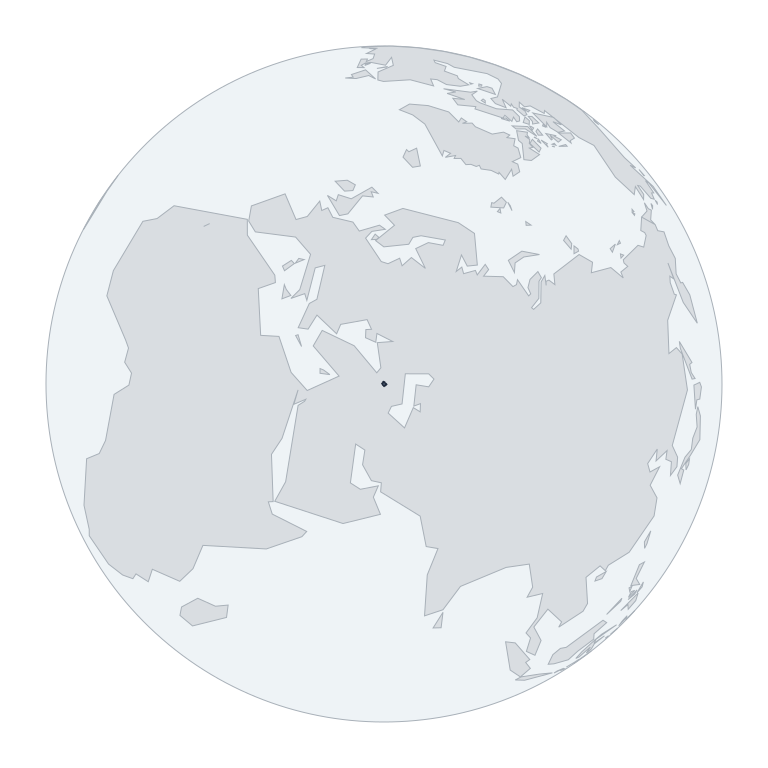 the Earth from above Lori, rotated 41°
{"feature_id": "ARM-1674", "entity_name": "Lori", "entity_type": "Province", "adm_level": 1, "iso_a3": "ARM", "parent_name": "Armenia", "parent_adm1": "", "projection": "orthographic", "projection_center": [44.445, 40.946], "detail": "fine", "context": "on_globe", "style": "filled", "palette": "slate", "viewbox_px": 768, "rotation_deg": 41, "n_neighbors": 0, "source": "natural_earth", "source_scale": "10m", "svg_char_len": 11455}
<svg xmlns="http://www.w3.org/2000/svg" viewBox="0 0 768 768"><g transform="rotate(41 384 384)"><circle cx="384" cy="384" r="338" fill="#eef3f6" stroke="#a8b0b8"/><path d="M334.2,49.8L335.2,49.6L346.9,48.3L353.9,47.6L379.4,50.3L416.9,55.4L432.2,55.8L426.2,57.4L457.5,58.3L480.0,64.0L452.4,58.6L447.9,59.0L462.2,62.8L460.6,64.3L466.7,67.2L463.6,68.8L447.6,66.5L445.3,67.7L455.6,70.5L458.9,74.5L444.2,70.1L448.6,76.9L422.8,76.1L386.0,66.2L369.4,70.1L325.7,72.3L327.4,74.7L311.9,78.2L308.2,82.6L301.2,82.5L304.3,86.2L311.4,85.5L315.2,87.0L313.7,89.8L304.4,89.9L303.8,88.6L300.3,90.1L296.3,89.1L297.4,91.2L286.4,91.5L294.9,95.4L284.1,99.3L277.4,98.4L281.3,92.9L275.5,80.1L269.9,79.0L258.2,82.1L229.2,98.9L221.7,100.5L209.2,106.8L211.8,107.9L222.5,103.6L224.3,108.2L237.1,103.3L239.7,104.7L251.7,102.6L246.3,109.2L234.7,117.0L224.5,119.4L219.1,123.2L225.9,126.5L204.2,137.2L185.1,156.0L179.9,158.6L174.8,152.4L182.0,137.4L175.4,132.5L176.0,142.4L162.9,150.0L159.2,154.4L157.8,158.4L161.4,158.3L156.2,162.7L153.6,153.8L158.3,149.6L159.1,152.2L162.3,145.6L160.5,141.1L154.0,146.0L158.1,136.3L153.5,140.0L151.9,140.4L158.9,134.9L146.3,145.0L148.6,141.6L168.1,124.0L189.0,108.0L211.1,93.7L234.2,81.1L258.2,70.4L283.0,61.5L308.4,54.7L334.2,49.8ZM46.5,401.0L48.1,418.3L53.1,447.8L55.7,463.5L55.9,465.0L49.7,433.2L46.5,401.0ZM357.2,47.3L347.3,48.2L337.3,49.3L345.7,48.3L357.2,47.3ZM375.9,47.4L370.9,47.7L368.2,47.0L371.9,47.0L375.9,47.4ZM443.5,56.3L435.7,54.8L443.8,55.9L443.5,56.3ZM468.0,67.4L470.7,67.5L472.7,69.1L468.0,67.4ZM253.8,99.3L252.7,100.9L251.1,100.4L253.8,99.3ZM260.0,97.0L258.8,95.3L261.6,94.0L262.3,95.1L260.0,97.0ZM469.8,73.2L472.1,76.0L467.0,72.6L469.8,73.2ZM260.8,99.5L266.6,92.0L271.5,89.9L278.1,92.4L260.8,99.5ZM471.7,77.4L477.6,85.2L484.1,85.8L468.9,89.0L469.0,80.9L461.6,76.4L468.5,78.3L471.7,77.4ZM314.4,84.1L306.7,85.0L314.5,81.9L314.4,84.1ZM318.5,81.8L337.2,71.5L347.8,72.1L339.4,75.2L354.3,74.6L350.2,79.9L341.2,81.5L335.1,79.8L338.2,83.2L318.5,81.8ZM459.6,89.9L458.7,91.7L456.6,89.4L459.6,89.9ZM317.3,87.4L320.1,85.0L329.6,85.4L325.6,90.3L323.8,88.5L317.3,87.4ZM360.1,72.1L366.4,73.5L364.9,78.1L367.1,79.4L351.1,80.1L360.1,72.1ZM320.9,89.9L323.3,92.8L317.5,95.3L315.2,89.9L320.9,89.9ZM333.7,83.5L337.9,84.0L334.3,85.2L333.7,83.5ZM298.2,106.8L301.4,103.3L306.5,103.1L298.2,106.8ZM324.6,93.8L326.6,93.0L329.0,92.6L329.4,95.1L324.6,93.8ZM351.1,83.6L349.1,85.4L357.6,83.4L356.8,87.2L346.2,87.2L350.4,88.8L350.2,90.0L341.8,88.8L351.1,83.6ZM336.9,96.8L323.2,98.8L316.2,104.9L311.4,105.1L323.6,95.4L336.9,96.8ZM340.5,92.1L337.2,95.0L332.9,93.6L332.6,90.7L340.5,92.1ZM360.0,90.0L364.0,84.1L366.2,84.4L360.0,90.0ZM335.7,98.8L339.1,98.3L335.7,99.3L335.7,98.8ZM353.5,92.8L354.6,90.6L357.1,91.0L353.5,92.8ZM344.8,99.4L340.4,99.9L340.0,97.9L344.8,99.4ZM349.5,96.6L352.6,97.6L342.5,96.8L349.6,95.5L349.5,96.6ZM355.7,93.5L357.5,93.0L354.8,94.4L355.7,93.5ZM348.9,107.2L336.3,106.7L335.4,102.0L347.8,103.0L348.9,107.2ZM105.4,476.0L95.3,419.4L104.2,408.0L108.6,387.2L172.8,349.4L183.2,361.3L230.2,373.5L235.5,378.7L226.5,394.5L259.0,428.2L273.5,417.0L306.3,436.2L330.3,439.3L344.9,407.5L305.6,401.7L302.2,384.1L336.4,374.7L371.2,380.3L371.0,373.8L351.8,357.2L362.7,346.2L345.5,350.5L350.4,357.9L339.7,361.2L334.6,354.8L338.7,350.9L329.0,346.5L312.2,367.4L315.3,377.2L288.2,376.0L290.7,392.4L282.3,397.8L274.8,372.2L277.8,364.1L261.5,333.3L255.9,341.5L270.9,371.5L264.9,367.8L257.6,380.5L258.5,368.0L243.5,334.3L220.9,331.1L187.1,353.6L175.0,349.8L167.1,336.6L184.6,305.4L209.7,317.6L216.2,307.9L215.5,288.1L223.2,293.9L226.0,287.8L236.0,291.8L254.3,282.2L265.0,284.8L276.4,267.1L283.5,266.4L274.7,276.8L274.4,286.0L301.6,293.4L308.1,290.6L313.3,278.8L320.1,282.9L321.7,270.6L339.4,269.6L319.1,261.0L324.7,248.2L337.6,240.6L335.8,235.1L314.7,247.8L309.6,254.4L311.0,262.3L293.9,280.6L283.6,281.3L287.8,257.3L273.7,256.1L283.1,239.1L334.2,213.5L353.5,211.0L376.4,233.0L369.5,240.4L357.8,235.8L364.7,251.7L366.0,244.7L371.7,248.5L378.5,238.3L382.8,240.5L381.9,227.3L387.9,229.0L388.4,237.3L403.6,224.8L417.4,225.9L418.8,222.1L416.3,217.7L435.4,222.6L435.6,219.7L429.4,216.8L425.6,209.3L426.4,198.2L433.0,200.5L433.6,204.8L444.7,217.8L445.3,229.6L448.0,229.5L449.1,219.9L435.6,203.9L434.2,196.6L441.7,203.2L438.9,200.2L440.3,197.4L447.8,196.9L440.0,189.5L446.3,158.3L461.5,155.3L467.5,164.0L478.8,147.3L495.0,147.0L489.3,144.1L490.8,135.3L485.7,135.2L483.1,133.3L484.7,112.7L490.2,110.3L484.4,99.9L481.4,98.7L477.1,99.7L468.9,89.0L484.1,85.8L490.0,88.7L495.5,85.5L508.3,92.9L521.4,98.1L532.2,109.2L541.7,113.0L542.7,111.4L556.3,116.1L580.6,132.6L556.3,126.1L518.9,106.4L533.8,114.6L529.0,115.1L533.5,119.7L544.2,125.8L546.2,124.9L556.3,149.8L579.1,174.1L580.8,164.7L589.4,165.8L616.9,189.4L641.9,241.3L653.6,246.6L659.3,254.2L660.2,265.1L651.9,254.1L646.1,255.9L641.3,248.5L639.8,263.6L632.9,253.8L635.2,271.1L642.5,275.9L646.3,265.6L651.3,285.8L664.7,290.8L674.4,306.4L679.4,350.1L672.2,373.6L673.5,379.7L666.4,379.5L663.3,397.4L681.6,416.1L683.3,424.9L675.4,452.9L674.1,447.0L655.4,446.4L656.5,469.1L670.8,474.5L675.9,489.7L666.9,492.4L661.2,479.5L654.5,478.7L653.0,460.0L641.2,438.0L631.9,451.0L629.5,439.8L611.8,424.6L596.5,442.3L574.5,486.6L576.6,515.7L566.7,532.4L541.9,499.7L532.7,472.8L522.5,479.0L498.0,460.0L452.2,467.6L446.8,460.3L437.9,465.2L420.8,459.0L412.9,446.4L402.0,447.9L423.5,480.7L435.2,479.0L446.5,464.6L450.2,476.4L466.8,484.7L444.6,516.2L378.5,544.2L373.9,522.3L333.2,456.5L335.4,449.2L335.3,448.4L335.0,446.8L329.3,458.4L323.0,444.8L342.7,491.9L345.2,510.9L377.5,545.5L374.0,548.8L385.0,555.5L422.4,546.0L422.2,553.1L403.4,585.7L353.2,624.6L361.0,648.7L359.3,666.9L330.7,675.8L335.8,687.9L321.4,690.0L322.2,695.7L312.1,699.6L294.3,700.6L261.1,691.9L256.9,687.1L237.1,672.3L208.6,635.5L214.7,623.3L210.9,609.3L187.1,568.9L192.2,552.2L186.3,541.4L174.0,537.7L167.6,524.5L160.3,520.4L117.0,499.3L105.4,476.0ZM147.2,377.3L144.6,383.2L144.6,383.3L147.2,377.3ZM406.2,403.2L428.3,403.7L421.6,382.6L429.6,381.3L424.4,374.9L421.0,381.1L408.8,363.5L419.6,356.8L418.5,347.5L411.1,347.0L393.4,362.3L410.7,387.2L404.3,396.0L406.2,403.2ZM163.1,150.5L163.1,151.4L160.7,155.8L159.8,154.7L163.1,150.5ZM162.5,171.8L154.0,178.5L159.4,172.6L156.4,171.8L164.0,159.0L177.6,159.3L170.1,161.2L162.5,171.8ZM178.0,143.1L171.6,150.5L178.0,142.5L178.0,143.1ZM231.7,252.5L233.6,258.4L227.7,264.3L214.1,263.0L222.6,254.3L231.7,252.5ZM237.8,265.7L245.7,243.4L254.4,244.0L248.2,247.3L253.2,249.9L244.4,256.1L245.1,279.3L239.9,286.1L217.6,278.8L227.8,277.1L225.3,271.1L237.8,265.7ZM250.4,192.4L253.9,184.6L268.4,195.6L263.4,201.7L249.5,200.3L247.2,192.3L250.4,192.4ZM271.4,106.2L271.8,103.9L274.4,103.7L276.1,105.5L271.4,106.2ZM299.3,105.2L272.2,116.7L271.3,114.4L256.6,124.9L248.5,123.2L258.3,116.3L241.0,123.3L246.6,116.5L235.2,122.1L257.9,107.0L262.3,101.7L260.5,108.1L267.8,109.6L272.3,108.7L288.3,102.5L301.3,92.8L310.7,93.4L313.8,96.5L312.1,99.0L306.6,97.6L308.2,101.9L298.9,101.9L299.3,105.2ZM345.1,142.5L339.4,138.2L341.3,150.1L332.0,148.8L332.8,150.3L324.7,152.5L316.2,158.0L312.5,156.4L310.9,159.3L305.5,161.2L301.9,164.7L294.0,163.3L289.0,167.8L288.1,164.6L281.6,172.7L282.9,166.2L276.0,168.4L278.4,173.6L244.3,161.0L229.1,162.1L215.7,166.9L219.6,156.0L234.7,144.9L254.4,136.2L268.5,137.2L267.8,132.5L274.3,131.8L272.2,135.8L279.3,129.3L284.2,129.9L301.7,124.4L309.0,115.5L315.6,113.6L315.1,117.4L322.0,112.9L325.6,119.1L330.4,118.0L338.7,123.4L335.0,132.0L340.7,130.3L347.2,134.8L345.1,142.5ZM350.9,108.8L348.6,118.6L342.4,122.9L330.5,111.8L325.7,111.9L317.9,105.8L327.1,99.9L328.5,102.1L331.9,102.9L327.7,104.4L333.7,103.9L335.8,107.1L341.1,107.7L338.9,110.6L350.9,108.8ZM243.6,374.4L248.1,376.7L255.6,378.3L251.1,386.7L243.6,374.4ZM233.0,351.5L237.3,351.9L234.6,363.8L230.0,361.6L233.0,351.5ZM242.1,342.5L237.8,351.0L237.3,345.1L242.1,342.5ZM279.0,276.7L283.9,276.7L283.6,279.7L279.8,283.3L279.0,276.7ZM348.6,180.4L346.3,176.5L348.4,175.4L350.1,165.9L357.1,166.5L358.8,172.6L348.6,180.4ZM337.0,412.4L328.7,417.9L325.6,414.3L329.1,413.1L337.0,412.4ZM286.8,403.2L297.2,409.8L285.5,405.4L286.8,403.2ZM356.5,179.5L356.4,175.4L360.0,178.3L356.5,179.5ZM362.3,166.6L366.9,169.2L358.1,165.6L362.3,166.6ZM418.3,663.5L398.2,692.2L381.8,692.5L377.5,685.1L384.0,667.9L402.6,662.3L411.4,653.1L418.3,663.5ZM705.1,484.7L707.4,479.7L707.0,481.1L705.1,484.7ZM703.0,486.9L706.2,480.5L701.9,490.6L703.0,486.9ZM707.3,478.0L710.4,468.7L711.8,463.8L711.1,466.7L707.3,478.0ZM700.6,491.5L684.5,515.3L677.2,521.3L679.7,515.0L691.5,501.1L700.6,491.5ZM679.1,515.6L666.9,517.1L644.9,498.8L652.9,493.3L674.8,496.3L673.6,501.2L681.0,502.6L679.1,515.6ZM705.5,458.6L704.0,471.2L695.9,483.6L691.8,487.8L689.0,477.5L690.6,467.8L694.3,463.2L704.3,418.6L708.6,418.0L706.4,434.7L709.7,439.0L705.5,458.6ZM578.3,517.6L587.0,530.5L581.1,535.9L578.3,517.6ZM705.2,392.7L703.2,411.9L704.1,389.6L705.2,392.7ZM703.9,374.1L705.6,379.4L702.7,377.1L703.9,374.1ZM676.2,387.9L672.5,394.3L671.0,390.3L674.7,379.8L676.2,387.9ZM681.7,319.8L687.2,332.0L688.5,337.1L684.1,332.3L681.7,319.8ZM416.4,184.3L406.2,196.4L403.5,206.6L409.3,214.3L396.7,209.1L400.9,193.3L416.4,184.3ZM441.9,161.0L436.8,155.1L441.8,154.8L443.7,156.1L441.9,161.0ZM436.8,159.5L425.3,157.8L424.2,152.7L433.6,154.9L436.8,159.5ZM390.7,167.6L387.2,171.0L384.4,168.4L390.7,167.6ZM715.2,451.0L710.4,470.9L714.6,453.8L715.5,449.4L715.2,451.0ZM721.6,398.6L721.1,403.3L721.9,390.2L721.6,398.6ZM718.6,426.6L718.2,430.0L717.7,430.7L718.6,426.6ZM719.5,421.0L720.5,415.1L719.1,424.3L719.5,421.0ZM711.5,437.5L712.5,442.0L715.6,429.4L713.2,442.0L714.3,448.0L713.2,454.2L712.3,447.2L710.3,462.0L708.8,465.3L709.0,456.2L711.0,439.2L712.4,430.1L717.5,413.1L711.5,437.5ZM719.8,412.5L719.3,406.7L719.5,399.4L720.2,401.2L719.8,412.5ZM716.1,393.8L712.8,390.5L711.3,399.7L712.9,375.0L716.1,382.3L716.1,393.8ZM711.0,378.0L709.7,386.6L710.0,373.4L711.0,378.0ZM708.5,384.7L706.8,378.5L708.6,375.3L708.5,384.7ZM711.9,375.6L709.6,363.2L711.9,367.8L711.9,375.6ZM701.9,365.3L708.5,367.5L702.6,374.2L695.3,352.8L697.3,347.5L701.9,365.3ZM668.3,250.7L663.9,245.9L663.7,240.1L666.8,245.0L668.3,250.7ZM658.9,218.8L662.1,237.1L664.0,252.8L666.7,252.3L672.9,264.9L665.4,260.1L659.2,241.8L658.9,231.8L652.6,222.3L648.5,211.0L639.6,202.1L635.7,195.2L643.7,200.5L658.9,218.8ZM635.6,198.7L618.6,181.5L621.2,175.6L625.5,178.0L632.2,188.2L630.5,190.7L635.6,198.7ZM615.2,175.8L613.3,178.2L584.3,162.7L578.9,158.1L602.3,165.7L601.8,168.6L608.4,173.8L615.2,175.8ZM462.4,92.4L459.0,91.8L461.7,91.0L462.4,92.4ZM480.3,133.5L477.1,130.7L480.4,129.5L480.3,133.5ZM470.1,122.6L468.7,125.8L467.5,121.4L470.1,122.6ZM465.9,133.5L466.8,126.6L469.9,134.7L465.9,133.5Z" fill="#d9dde1" stroke="#a8b0b8" stroke-width="1"/><path d="M385.7,382.5L385.8,382.4L386.1,382.5L385.9,382.8L386.0,383.0L386.2,383.3L385.9,383.5L385.7,383.5L385.5,383.8L385.7,384.0L385.8,384.0L386.0,384.0L386.0,384.3L385.9,384.3L385.8,384.7L385.8,384.8L385.7,384.8L385.4,384.9L385.4,385.0L385.5,385.3L385.5,385.7L385.3,385.7L385.1,385.7L384.9,385.6L384.7,385.5L384.4,385.5L383.9,385.6L383.8,385.4L383.7,385.3L383.5,385.2L383.4,385.2L383.2,385.3L382.9,385.2L382.6,385.2L382.4,385.0L382.2,385.0L382.2,384.9L382.1,384.7L382.2,384.4L382.3,384.4L382.5,384.4L382.5,384.2L382.6,383.9L382.4,383.9L382.4,383.7L382.2,383.5L382.1,383.4L381.9,383.2L381.9,382.7L382.0,382.7L382.3,382.6L382.5,382.6L382.8,382.5L382.8,382.4L383.0,382.4L383.2,382.5L383.3,382.6L383.5,382.5L383.5,382.4L383.8,382.6L384.0,382.6L384.3,382.5L384.5,382.6L384.7,382.4L384.8,382.4L385.0,382.4L385.7,382.5Z" fill="#64748b" stroke="#1e293b" stroke-width="1.5"/></g></svg>